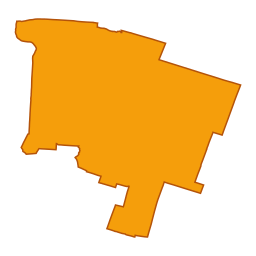 the district of Sadova, Dolj, Romania
{"feature_id": "2599482B91808724077268", "entity_name": "Sadova", "entity_type": "district", "adm_level": 2, "iso_a3": "ROU", "parent_name": "Romania", "parent_adm1": "Dolj", "projection": "natural_earth1", "projection_center": [23.935, 43.87], "detail": "fine", "context": "isolated", "style": "filled", "palette": "amber", "viewbox_px": 256, "rotation_deg": 0, "n_neighbors": 0, "source": "geoboundaries", "source_scale": "gbopen_adm2", "svg_char_len": 5138}
<svg xmlns="http://www.w3.org/2000/svg" viewBox="0 0 256 256"><path d="M144.8,236.8L146.2,236.9L147.1,237.0L147.4,237.0L147.5,237.0L148.7,232.6L151.2,224.1L152.6,218.5L154.5,211.2L155.0,209.4L156.7,203.3L157.9,199.5L162.3,187.5L163.0,185.8L164.2,182.0L167.8,183.2L173.2,184.8L185.3,188.6L200.5,193.3L201.7,190.1L202.9,186.9L203.6,185.0L200.5,184.0L195.3,182.3L194.9,182.2L195.5,180.5L197.9,173.8L199.4,170.0L200.9,166.0L201.0,164.6L201.9,162.2L202.8,159.9L206.8,149.1L206.6,149.0L206.9,148.3L207.2,147.4L207.8,146.0L209.1,142.2L209.6,141.0L210.2,139.4L211.6,136.0L212.8,132.9L213.0,132.3L213.3,132.4L220.9,134.7L222.1,135.1L222.3,134.6L223.7,130.6L228.2,118.4L229.7,114.2L231.2,110.1L232.7,106.0L234.1,102.1L234.3,101.4L236.8,94.8L239.6,87.7L240.6,85.0L233.0,82.7L224.5,80.3L221.0,79.2L218.3,78.3L203.8,73.8L201.6,73.1L179.7,66.2L170.8,63.4L160.9,60.3L159.0,59.7L159.3,58.9L165.6,43.3L154.9,40.0L152.8,39.3L147.5,37.8L137.8,35.0L132.4,33.4L131.3,33.0L130.7,32.8L129.8,32.7L128.0,32.2L122.6,30.7L121.4,30.4L121.5,30.8L121.6,31.1L121.7,31.3L121.7,31.6L121.7,31.9L121.7,32.5L121.0,32.5L120.5,31.6L120.4,31.4L120.2,31.4L119.8,31.3L119.6,31.3L119.4,31.2L119.2,31.3L118.9,31.4L118.6,31.4L118.5,31.5L118.2,31.4L117.6,31.4L117.5,31.5L117.4,31.5L117.2,31.8L116.9,32.0L116.7,32.2L116.4,32.2L116.1,32.0L115.9,32.0L115.7,31.9L115.3,31.7L115.2,31.7L114.9,31.6L114.7,31.5L114.2,31.5L113.9,31.4L113.7,31.4L113.2,31.5L112.8,31.4L112.6,31.4L112.5,31.5L112.4,31.5L112.2,31.4L111.7,31.3L111.7,31.2L111.4,31.2L110.8,31.1L109.1,30.5L108.8,30.4L108.5,30.3L108.3,30.2L108.0,29.9L107.8,29.8L107.4,29.5L107.0,29.4L106.8,29.3L106.2,28.9L105.9,28.8L105.7,28.7L105.5,28.8L105.4,28.7L105.2,28.7L104.9,28.6L104.7,28.5L104.4,28.5L104.1,28.4L103.9,28.2L103.7,28.3L103.4,28.3L103.1,28.4L102.5,28.2L102.0,28.2L101.8,28.1L101.6,28.1L101.3,28.2L101.2,28.2L100.4,28.0L100.0,27.8L99.2,27.6L98.7,27.4L98.0,27.2L97.3,27.1L97.4,25.6L97.4,24.3L97.6,23.1L96.6,23.0L95.4,22.8L94.8,22.7L94.4,22.6L93.9,22.6L93.4,22.6L93.2,22.5L93.2,22.4L87.1,22.1L82.5,21.8L77.7,21.4L73.7,20.8L68.9,20.5L57.4,19.8L53.0,19.6L46.9,19.2L44.7,19.1L42.2,19.1L40.1,19.0L37.9,19.0L37.7,19.0L37.2,19.0L36.3,19.1L35.7,19.1L34.2,19.3L32.9,19.6L29.5,19.9L27.8,20.3L26.7,20.5L25.8,20.8L24.5,21.0L22.6,21.3L21.9,21.5L21.2,21.4L20.6,21.2L19.6,21.1L17.8,21.2L16.8,21.2L16.7,22.2L16.6,22.6L16.5,22.8L16.4,22.9L16.1,24.5L16.1,27.2L16.1,27.4L16.1,27.5L15.9,28.1L15.8,28.5L15.7,28.8L15.6,29.3L15.6,29.5L15.7,30.4L15.7,30.5L15.4,32.1L15.8,33.9L16.1,34.5L16.3,35.0L16.5,35.3L16.6,36.4L16.9,37.1L17.7,38.1L21.3,40.7L22.7,41.1L24.4,41.4L25.7,41.6L26.7,41.7L27.1,41.8L28.7,41.9L29.8,41.9L30.8,42.1L31.7,42.4L32.5,43.0L33.0,43.4L35.1,46.0L35.5,46.6L36.2,47.8L36.3,48.4L36.3,48.7L36.1,49.8L35.9,50.3L35.6,50.7L35.5,50.8L35.2,51.6L34.9,52.3L34.6,53.1L33.8,54.5L33.4,55.2L33.3,55.5L32.8,56.1L32.6,58.4L32.8,62.8L32.3,71.2L31.8,78.6L31.6,87.4L31.4,89.8L31.3,92.5L31.2,93.7L31.2,95.3L30.9,97.7L30.8,98.8L30.9,100.2L30.7,102.9L30.5,105.7L30.3,108.9L30.2,111.1L30.0,114.4L30.0,115.1L29.7,120.5L29.6,121.7L29.5,123.5L29.4,126.3L29.3,128.0L29.1,131.6L29.0,133.8L28.4,134.0L27.9,134.1L27.7,134.4L27.2,135.5L26.6,136.6L25.7,138.4L24.8,140.2L23.9,141.9L23.3,143.1L22.5,144.9L21.4,147.1L21.2,147.4L21.9,148.6L22.4,149.2L22.5,149.2L22.6,149.3L22.7,149.5L22.8,150.2L22.8,151.1L22.9,151.3L23.0,151.5L24.2,152.2L25.1,152.9L25.5,153.3L25.8,153.6L26.2,154.2L27.6,154.1L32.8,153.7L36.1,153.4L37.0,151.7L37.8,150.5L38.9,148.7L39.0,148.6L40.9,148.8L42.7,148.9L50.0,149.3L54.5,149.6L56.0,149.7L56.1,149.0L56.4,143.6L56.8,143.7L57.4,144.2L58.0,144.7L58.7,144.8L60.7,144.9L64.2,145.2L68.9,145.5L72.0,145.7L75.7,145.9L78.6,146.1L78.4,146.4L78.3,146.6L78.2,146.9L78.3,147.1L78.4,147.3L78.6,147.5L79.1,147.8L79.3,148.0L79.5,148.3L79.7,148.7L79.7,148.9L79.6,149.2L79.5,149.5L79.6,149.8L79.8,150.3L79.9,150.8L79.7,151.2L79.4,151.6L79.4,151.9L79.4,152.4L79.1,152.5L78.7,152.8L78.7,153.2L78.7,153.6L78.6,153.8L78.8,154.2L78.5,154.6L78.2,155.1L77.8,155.6L77.3,156.0L76.6,156.4L76.0,156.8L75.5,157.1L75.1,157.6L75.9,158.4L76.7,159.6L77.5,161.8L78.1,165.6L78.2,167.0L81.1,168.2L83.9,169.5L85.6,170.3L86.6,170.8L86.5,171.7L89.7,172.6L93.2,173.7L97.7,175.3L100.2,176.0L101.0,176.2L100.5,177.8L99.9,179.4L98.9,182.3L98.8,182.6L100.5,183.1L102.2,183.5L102.6,183.7L104.5,184.2L106.1,184.7L107.8,185.2L109.3,185.6L111.2,186.2L115.5,187.5L115.8,186.5L116.7,183.9L119.0,184.4L125.0,186.1L126.9,186.5L127.2,186.5L127.5,186.5L127.8,186.4L128.1,186.3L128.3,186.2L128.6,186.2L129.0,186.3L128.8,187.2L128.3,188.9L127.5,191.2L126.4,195.2L125.3,199.6L123.7,205.6L123.3,206.8L120.7,206.2L115.5,205.0L115.2,206.0L113.2,211.3L111.7,215.3L109.8,220.5L109.2,222.3L108.7,223.7L107.9,226.0L106.9,228.7L109.9,229.6L111.2,230.0L113.0,230.6L113.3,230.7L113.5,230.8L113.9,230.9L115.0,231.4L115.3,231.4L115.6,231.5L116.0,231.5L116.3,231.6L117.2,231.8L117.8,232.1L118.5,232.3L119.5,232.6L122.3,233.5L122.6,233.5L124.5,233.9L125.1,234.0L125.3,234.0L125.5,234.3L125.7,234.5L126.1,234.7L126.7,234.9L128.3,235.3L129.6,235.6L131.9,236.2L134.0,236.9L134.8,237.0L135.2,235.3L136.0,235.5L137.9,235.8L139.9,236.1L141.8,236.4L144.8,236.8Z" fill="#f59e0b" stroke="#b45309" stroke-width="1.5"/></svg>